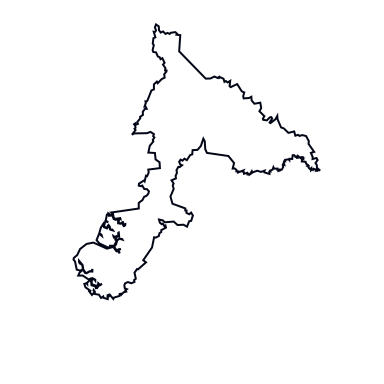 Santiago, Veraguas, Panama, rotated 26°
{"feature_id": "35544464B94939099957222", "entity_name": "Santiago", "entity_type": "district", "adm_level": 2, "iso_a3": "PAN", "parent_name": "Panama", "parent_adm1": "Veraguas", "projection": "robinson", "projection_center": [-80.96, 7.991], "detail": "fine", "context": "isolated", "style": "outline", "palette": "ink", "viewbox_px": 384, "rotation_deg": 26, "n_neighbors": 0, "source": "geoboundaries", "source_scale": "gbopen_adm2", "svg_char_len": 6062}
<svg xmlns="http://www.w3.org/2000/svg" viewBox="0 0 384 384"><g transform="rotate(26 192 192)"><path d="M274.7,95.1L270.0,91.7L266.2,92.5L264.0,94.5L262.3,94.1L260.2,96.1L257.3,92.8L252.7,96.6L246.7,94.6L243.7,94.9L237.0,89.1L235.3,86.2L235.1,90.1L232.3,95.7L231.3,95.5L231.9,91.0L230.5,89.9L229.2,90.9L227.9,94.8L224.4,95.9L223.6,95.1L223.8,92.1L217.2,89.9L217.4,86.2L214.2,81.8L209.4,85.3L205.5,83.6L203.6,80.4L202.0,82.6L197.4,85.2L196.0,83.4L195.3,79.6L192.6,79.7L185.3,75.2L180.8,80.8L179.4,80.4L177.6,75.4L176.0,77.9L173.8,77.4L172.9,78.8L170.7,76.4L167.0,76.5L166.5,77.4L165.9,76.7L165.0,78.3L161.5,78.4L158.8,81.9L154.6,84.1L118.8,71.2L112.7,56.2L109.2,57.4L109.4,56.4L107.0,55.6L103.1,58.2L102.6,59.7L100.2,59.8L98.9,61.5L95.6,60.4L94.0,62.4L91.5,61.1L89.5,57.7L86.2,57.2L86.5,60.3L88.9,62.6L88.5,64.5L87.4,64.8L91.3,69.0L89.9,70.7L91.7,75.9L93.3,76.7L94.4,81.7L95.8,83.1L98.5,82.3L101.9,85.2L103.8,85.0L105.5,86.4L106.7,84.7L110.7,87.9L110.1,90.2L113.9,92.4L114.5,94.5L115.9,94.0L116.2,95.1L115.4,98.4L117.3,101.2L115.3,103.7L113.5,109.2L112.0,108.2L110.6,112.0L112.8,116.5L111.0,118.5L111.8,128.6L111.7,130.2L110.4,130.9L111.5,132.3L111.9,136.1L112.8,135.6L114.8,137.1L113.2,138.0L112.6,141.5L114.1,144.2L112.4,147.2L113.2,148.5L112.1,153.3L113.5,154.5L112.0,156.2L110.9,155.2L110.2,156.5L111.8,157.3L113.1,159.0L112.6,160.3L114.1,161.1L112.9,166.8L114.5,164.6L125.7,158.9L128.3,156.2L132.4,156.7L132.6,158.8L134.3,159.5L133.9,162.4L135.1,163.5L133.8,169.0L135.5,175.7L141.6,173.2L145.0,178.7L149.8,179.5L152.7,184.6L142.9,191.0L144.6,193.7L144.7,197.4L143.5,197.5L144.7,203.0L143.9,202.5L140.7,207.7L141.6,210.4L141.7,209.3L143.7,209.2L144.5,208.0L147.8,210.2L150.3,209.2L153.0,210.3L153.5,212.7L152.7,215.6L151.1,217.2L151.0,221.0L148.9,225.1L151.4,230.2L128.6,245.7L130.4,246.0L132.8,249.3L134.8,249.8L138.9,246.9L139.7,247.8L138.3,248.0L139.5,251.9L142.0,251.4L142.6,249.6L143.1,249.3L145.7,252.2L145.5,251.4L146.3,251.0L145.9,250.2L146.1,250.0L146.5,250.9L146.2,252.1L145.6,252.6L144.4,251.8L142.9,249.9L141.9,251.8L139.3,252.5L137.4,248.7L135.7,250.5L133.4,250.6L129.9,247.2L129.0,247.9L129.4,249.9L128.7,248.3L126.5,248.0L128.4,250.5L126.3,248.2L125.4,249.6L127.0,255.6L130.0,255.9L126.9,256.4L128.0,261.6L131.4,261.6L131.1,259.1L131.4,258.6L131.8,258.4L133.3,259.2L135.2,261.6L136.9,260.7L137.8,261.2L135.0,261.7L131.6,258.7L131.5,262.0L128.3,262.2L127.3,261.3L127.3,259.0L126.3,258.7L125.7,264.0L126.7,269.7L129.3,270.0L130.2,271.0L126.8,270.2L127.3,277.1L131.1,278.8L140.7,278.7L142.2,277.5L141.9,276.2L145.5,274.6L145.7,268.9L144.0,268.5L143.0,266.4L141.8,267.2L140.7,266.0L142.7,266.2L143.5,264.7L145.6,264.1L144.1,262.2L143.6,260.9L143.9,260.5L145.9,263.7L145.1,264.7L143.3,265.2L143.6,267.1L145.8,267.9L147.5,265.5L149.8,264.9L150.4,265.3L147.5,265.8L146.0,268.0L146.7,272.5L146.0,275.2L150.4,278.0L151.0,275.7L153.0,274.4L151.0,276.9L152.9,277.7L153.8,278.9L151.7,277.6L149.9,278.3L145.3,275.9L140.4,280.2L125.5,280.7L120.0,284.9L116.4,292.3L116.5,298.9L114.7,303.1L115.1,304.6L117.4,305.8L122.4,312.3L126.2,311.6L127.8,308.9L125.3,305.8L122.6,305.2L121.6,305.9L122.4,304.9L121.2,304.5L120.6,303.3L125.6,305.5L128.4,309.4L131.8,311.2L132.7,311.0L134.7,308.1L136.3,307.2L136.3,304.9L137.3,307.2L135.0,308.2L132.7,311.4L131.3,311.6L128.8,310.0L127.7,310.4L126.3,313.7L126.4,317.0L130.4,315.0L137.2,315.9L139.0,314.3L138.7,313.2L139.4,314.4L140.1,313.1L143.0,313.1L143.6,313.3L143.9,314.0L142.7,313.3L140.2,314.6L142.4,318.9L147.3,318.2L148.6,318.9L147.8,316.2L147.9,315.1L150.0,316.0L150.8,314.5L151.3,314.1L150.1,316.4L147.9,315.4L149.1,318.4L148.2,320.3L147.0,321.1L148.2,319.7L147.7,318.9L142.6,319.9L139.4,315.0L137.5,319.4L138.2,320.7L137.1,320.2L135.5,321.8L138.1,324.4L144.0,325.3L144.0,326.4L142.1,325.8L147.2,328.4L148.3,324.5L146.7,323.8L146.6,323.2L148.4,324.2L149.1,326.3L153.4,325.1L156.7,327.1L158.0,324.8L158.9,325.9L163.2,325.2L162.4,323.7L162.9,322.5L161.9,322.9L161.4,321.7L162.9,320.2L168.1,322.6L168.1,321.2L172.4,317.2L171.7,315.3L172.7,314.6L173.5,315.3L174.5,312.1L176.5,310.4L175.2,309.6L176.1,307.9L173.8,308.0L172.1,305.6L171.9,303.5L173.9,301.0L177.3,300.7L179.7,298.1L178.6,296.6L179.5,294.6L175.7,289.7L176.4,285.3L177.4,285.2L181.5,275.4L178.1,274.7L180.4,259.4L177.8,249.3L179.4,248.9L181.5,246.1L180.8,243.3L181.9,241.5L181.1,239.7L184.2,235.5L182.8,233.8L182.2,234.8L179.6,233.2L178.8,234.2L176.5,233.6L174.4,231.2L178.0,230.3L180.9,231.1L188.5,226.6L193.5,228.0L198.8,225.1L202.7,225.4L202.3,219.5L203.9,218.3L203.1,212.7L200.2,210.9L199.3,213.2L196.1,213.2L195.2,211.1L194.0,211.5L193.2,209.7L179.6,211.1L174.6,205.5L174.2,197.3L171.8,194.5L171.8,192.5L168.5,190.5L171.6,186.8L170.2,184.7L170.1,181.4L168.5,179.2L168.7,175.4L170.0,175.0L171.3,172.3L169.4,172.4L167.2,170.5L167.6,167.9L169.7,168.0L170.6,165.4L173.4,165.6L174.2,159.5L175.7,158.1L174.2,154.1L178.5,151.7L179.8,146.7L178.8,139.1L181.2,140.8L185.2,147.8L188.3,150.3L208.9,143.7L217.1,147.5L218.3,153.1L220.0,152.1L222.3,152.7L222.8,154.0L224.4,153.2L224.8,154.3L228.7,150.1L228.6,151.5L229.9,151.4L230.7,152.8L233.2,150.6L234.1,151.8L235.0,150.7L235.9,151.5L237.5,148.6L236.5,148.3L236.6,147.1L237.6,148.1L241.3,144.3L245.2,143.7L247.8,141.1L247.8,142.4L248.8,142.6L253.7,141.8L252.7,140.0L253.6,139.3L252.8,138.6L254.6,136.6L254.3,134.0L255.6,135.0L258.6,133.5L259.1,134.6L260.6,133.6L260.7,135.0L261.4,134.4L262.9,132.4L263.0,129.6L261.7,127.9L261.7,127.1L263.1,127.1L261.4,125.0L261.4,123.4L262.3,123.4L261.7,122.2L264.6,120.2L265.6,120.7L265.1,119.4L267.6,118.4L266.4,114.8L267.8,114.1L269.6,115.1L270.5,114.1L271.3,115.3L272.4,114.6L271.7,113.2L275.6,114.1L276.4,113.2L275.6,113.4L275.2,112.6L276.4,112.1L277.5,113.6L276.6,113.7L277.3,116.4L280.9,115.1L282.3,116.6L284.2,116.9L284.1,118.0L285.5,117.5L285.9,118.9L288.1,119.7L288.7,118.3L289.5,120.1L289.9,119.0L291.0,119.2L291.0,117.8L293.2,117.6L293.8,118.7L295.2,118.1L294.6,117.0L297.8,116.5L293.8,115.6L292.3,113.0L290.3,111.9L290.9,108.2L289.0,106.9L285.9,109.5L285.1,107.6L281.7,104.7L284.2,102.4L275.7,97.7L274.7,95.1Z" fill="none" stroke="#020617" stroke-width="2"/></g></svg>